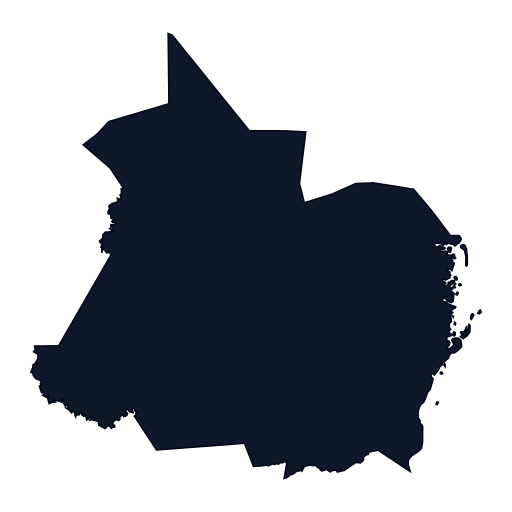 outline of Madang District, Madang, Papua New Guinea
{"feature_id": "67681753B97158406764408", "entity_name": "Madang District", "entity_type": "district", "adm_level": 2, "iso_a3": "PNG", "parent_name": "Papua New Guinea", "parent_adm1": "Madang", "projection": "mercator", "projection_center": [145.661, -5.093], "detail": "fine", "context": "isolated", "style": "filled", "palette": "ink", "viewbox_px": 512, "rotation_deg": 0, "n_neighbors": 0, "source": "geoboundaries", "source_scale": "gbopen_adm2", "svg_char_len": 6078}
<svg xmlns="http://www.w3.org/2000/svg" viewBox="0 0 512 512"><path d="M459.0,235.5L450.5,235.6L431.6,210.6L413.6,189.2L373.3,182.8L355.7,183.5L332.2,194.0L305.1,202.5L304.2,202.2L299.5,183.4L305.8,131.9L285.2,130.8L249.3,130.7L172.3,35.2L168.1,33.5L168.9,103.7L108.9,121.5L97.4,133.8L83.2,144.8L109.9,167.9L123.3,187.9L121.0,189.0L121.5,190.2L121.0,195.1L120.1,195.0L121.3,198.1L118.9,199.0L117.3,198.2L117.6,201.9L112.1,203.5L108.9,205.7L109.4,208.9L107.9,212.0L108.2,213.6L110.6,214.8L111.1,218.5L113.8,217.4L114.5,219.0L113.6,218.8L111.8,221.5L112.8,222.6L115.0,222.6L115.1,224.8L110.9,224.6L110.5,228.1L109.5,228.7L113.3,231.2L107.0,232.2L105.9,231.8L102.9,234.6L102.8,238.1L99.5,241.1L99.6,242.0L100.8,242.3L101.9,246.0L100.8,246.9L101.8,247.9L101.9,253.0L102.3,250.4L103.7,249.0L106.5,252.8L108.8,252.5L111.3,254.3L58.6,345.8L34.6,346.0L34.6,347.7L36.3,349.5L35.1,349.7L33.5,351.8L38.0,354.2L37.8,358.6L35.4,363.0L32.9,364.9L32.9,367.2L30.7,372.1L32.7,373.1L33.3,375.7L36.0,378.8L39.3,380.0L41.6,381.7L40.4,383.5L41.2,384.6L39.4,386.2L40.6,390.2L41.5,392.5L44.3,393.4L44.4,394.3L42.5,395.2L46.6,397.5L48.4,395.5L47.8,398.7L49.1,403.7L51.9,402.4L55.7,401.9L54.9,400.0L61.7,402.1L62.1,399.1L62.9,399.2L63.0,402.1L65.3,406.3L66.6,404.7L69.0,407.6L66.1,408.1L69.0,409.9L71.7,412.9L72.7,411.0L73.5,411.3L75.4,414.4L74.9,415.5L75.7,416.9L76.3,415.0L79.0,414.9L79.9,412.5L81.1,412.6L81.4,414.4L83.6,416.3L84.5,415.1L86.3,418.0L86.7,420.0L88.4,419.0L88.9,417.7L90.3,416.8L90.9,418.1L89.9,420.1L91.7,419.7L98.5,421.5L98.7,425.2L105.1,428.6L106.6,427.1L105.2,426.2L105.0,424.8L106.4,424.8L107.2,426.2L108.8,425.6L111.4,428.3L112.6,427.3L114.6,427.1L114.6,425.3L113.0,424.8L113.0,422.0L116.3,419.3L117.7,420.3L118.5,418.7L119.0,420.4L119.7,419.9L120.1,416.7L122.7,414.6L123.7,416.7L124.8,415.2L125.5,416.3L126.9,415.4L127.7,413.4L125.4,411.4L126.5,409.6L128.2,409.9L129.2,411.6L133.2,412.7L132.0,408.7L133.9,407.8L135.0,411.1L137.5,412.5L135.8,413.1L135.9,415.1L134.3,416.1L156.5,450.0L244.4,443.3L253.4,466.3L261.6,466.0L265.9,465.2L268.3,465.9L272.3,464.0L274.3,464.6L276.5,463.7L278.5,464.2L280.6,462.4L282.0,463.0L284.4,461.7L286.0,462.2L286.2,460.1L287.3,460.3L284.0,478.5L287.3,477.4L290.6,474.6L292.5,474.5L297.1,471.0L298.7,471.2L300.7,470.2L301.9,471.2L304.0,467.1L306.8,465.7L310.3,465.1L312.5,465.7L315.2,465.2L317.8,467.5L320.0,468.4L320.1,469.9L321.8,471.0L326.7,469.5L330.2,472.0L333.3,470.2L336.6,470.5L337.2,472.1L344.1,470.5L355.8,462.5L360.5,462.9L362.1,461.7L363.6,459.9L363.4,457.9L364.1,456.6L366.8,454.6L368.2,454.5L368.9,452.1L378.0,450.2L410.3,471.6L408.3,464.9L408.2,461.4L409.0,459.1L411.7,455.8L418.6,451.3L421.6,448.2L422.6,441.9L422.7,426.7L422.5,425.7L419.8,422.7L420.2,420.8L418.4,418.2L418.1,413.3L418.7,409.2L420.7,404.6L423.4,402.6L424.6,400.7L427.8,392.1L430.2,389.5L433.2,378.8L431.1,376.4L431.1,374.5L432.1,373.0L434.4,375.1L438.4,370.0L440.0,366.5L442.3,364.8L442.5,363.4L448.6,358.0L449.2,355.6L450.8,353.5L451.6,352.9L454.4,352.9L458.3,350.2L461.7,346.3L460.9,340.2L458.1,338.0L455.6,338.0L452.5,339.0L451.9,339.8L451.9,341.0L454.0,344.5L450.1,348.6L448.7,348.8L447.5,348.0L447.3,346.9L449.1,345.6L449.9,342.7L449.1,341.3L446.8,340.1L446.8,337.6L447.6,336.8L451.1,335.7L451.7,334.9L450.8,333.5L449.2,333.1L449.2,331.0L450.8,329.4L449.6,328.0L449.2,324.9L450.0,322.9L451.4,321.4L450.7,314.9L452.8,312.4L450.3,312.0L453.7,308.5L455.0,308.3L455.8,306.9L448.6,304.1L446.4,302.0L442.5,301.4L443.7,296.1L445.7,299.4L448.0,301.2L451.1,302.8L453.1,301.4L453.7,296.9L451.6,294.8L454.1,294.8L454.3,293.4L450.8,291.0L450.6,289.7L451.2,289.1L452.4,289.5L453.0,288.5L452.6,287.7L450.8,287.7L449.9,286.9L450.1,285.8L454.4,282.1L454.6,281.1L454.0,280.5L451.1,280.7L450.3,282.0L448.7,282.0L448.1,282.4L448.3,284.2L444.4,286.7L443.8,285.5L445.8,283.0L444.6,281.8L442.4,281.2L441.8,279.8L444.4,279.3L445.4,280.1L449.9,277.9L449.9,276.6L450.9,275.2L449.7,273.6L449.9,272.1L449.2,271.5L447.9,271.6L448.2,269.5L449.8,268.9L451.9,270.7L454.3,263.7L453.9,262.7L452.3,264.0L451.4,263.3L452.8,260.9L451.0,259.1L451.6,258.2L454.9,258.8L455.7,258.0L455.5,257.2L454.2,256.8L454.6,254.7L453.4,254.1L451.6,255.0L448.5,255.2L447.2,254.1L447.3,251.9L446.3,251.1L441.4,251.7L440.3,250.3L441.2,249.3L442.4,249.7L444.4,249.1L445.2,248.2L444.6,247.4L443.0,247.6L439.9,245.4L436.3,247.5L435.0,245.0L432.8,245.1L433.4,243.6L435.0,243.2L440.7,243.4L443.2,245.6L444.4,243.3L446.2,244.6L448.0,243.3L449.3,243.3L450.7,244.1L453.1,244.3L455.0,246.1L457.2,243.9L459.0,243.1L461.3,239.4L460.8,237.5L459.0,235.5ZM470.0,332.1L470.0,325.2L468.7,324.4L468.1,330.5L466.7,329.7L466.5,326.8L466.1,327.1L465.3,329.7L463.7,332.0L460.8,331.8L460.6,332.6L462.1,334.9L460.2,336.9L463.3,338.7L467.2,335.8L468.0,334.5L467.0,333.6L464.5,336.1L463.5,335.9L463.9,334.4L466.3,332.2L467.3,332.0L468.0,332.6L467.6,333.4L468.6,333.9L470.0,332.1ZM467.3,265.3L467.3,255.7L466.4,248.3L464.6,244.9L462.3,244.5L460.5,246.1L460.5,246.9L461.3,248.1L463.8,249.6L464.6,251.0L465.9,256.7L465.7,265.5L466.5,266.1L467.3,265.3ZM450.5,252.1L451.5,248.0L450.7,247.2L448.3,247.2L447.5,248.6L448.7,251.7L449.3,252.3L450.5,252.1ZM471.3,319.5L473.8,315.3L472.9,313.7L471.9,313.9L471.1,315.2L470.5,318.4L471.3,319.5ZM455.1,335.3L455.3,332.6L453.9,331.8L453.1,332.7L453.1,335.3L454.1,336.1L455.1,335.3ZM479.3,313.9L481.3,312.2L480.2,310.0L479.0,310.8L477.8,313.3L479.3,313.9ZM457.2,279.1L457.0,277.6L456.0,276.6L454.8,276.6L454.0,277.4L455.2,279.5L456.4,280.1L457.2,279.1ZM437.0,404.7L438.4,402.3L437.0,401.9L436.0,404.1L437.0,404.7ZM459.5,285.8L461.3,285.2L460.5,283.7L458.9,284.2L458.7,285.0L459.5,285.8ZM457.3,295.0L458.1,293.4L458.1,292.5L457.3,292.1L456.1,293.6L456.1,294.8L457.3,295.0ZM442.7,373.4L442.1,372.2L440.7,372.0L440.3,372.6L440.3,373.6L441.7,374.2L442.7,373.4ZM455.3,324.9L455.7,323.2L454.6,322.2L454.1,324.1L455.3,324.9ZM445.1,366.7L445.3,364.6L444.7,363.8L443.9,365.0L445.1,366.7ZM455.0,287.9L455.5,287.2L453.6,286.0L453.2,286.6L455.0,287.9ZM455.8,284.0L455.2,283.4L454.0,285.0L454.6,285.2L455.8,284.0ZM453.2,317.3L453.6,316.3L452.6,315.9L453.2,317.3Z" fill="#0f172a" stroke="#020617" stroke-width="1.5"/></svg>